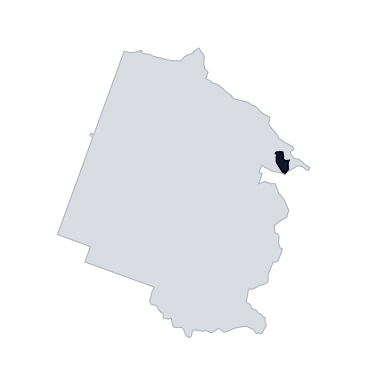 Baw, Blue Nile, Sudan shown in context, rotated 290°
{"feature_id": "16777658B5498813311295", "entity_name": "Baw", "entity_type": "district", "adm_level": 2, "iso_a3": "SDN", "parent_name": "Sudan", "parent_adm1": "Blue Nile", "projection": "mercator", "projection_center": [33.983, 11.162], "detail": "fine", "context": "in_parent", "style": "filled", "palette": "ink", "viewbox_px": 384, "rotation_deg": 290, "n_neighbors": 0, "source": "geoboundaries", "source_scale": "gbopen_adm2", "svg_char_len": 4438}
<svg xmlns="http://www.w3.org/2000/svg" viewBox="0 0 384 384"><g transform="rotate(290 192 192)"><path d="M255.4,294.3L252.3,294.3L252.0,293.6L252.0,291.6L252.4,290.1L253.5,287.7L253.2,286.3L253.4,284.5L252.6,282.3L245.2,276.2L243.8,274.5L239.8,272.9L240.5,271.2L238.9,258.5L239.7,257.1L239.9,254.8L239.9,252.9L240.8,249.7L240.9,248.3L233.1,248.2L233.0,249.6L233.4,251.1L233.4,251.8L222.4,251.8L226.8,256.8L227.0,259.0L226.8,261.7L226.8,263.4L227.1,264.5L228.2,266.8L228.2,267.2L227.9,267.7L220.2,274.3L218.9,277.4L217.8,279.0L215.6,281.7L208.5,288.7L207.4,289.2L202.0,289.4L201.5,289.6L201.1,289.9L200.8,289.8L196.2,285.7L188.5,280.7L183.4,283.3L182.0,284.3L181.9,286.7L181.2,287.9L179.8,289.2L176.0,290.1L174.0,290.8L171.7,292.1L169.4,294.4L169.2,295.5L169.5,296.6L156.4,296.5L155.5,295.7L153.6,292.0L152.3,292.2L140.4,291.8L138.7,292.2L135.3,293.7L133.6,294.0L131.8,293.3L125.6,285.9L124.2,285.1L122.8,283.3L121.5,282.5L121.0,282.0L120.9,281.2L120.9,279.6L120.5,278.6L119.5,278.4L111.0,280.1L109.8,279.9L108.1,280.2L107.5,280.5L106.8,281.4L106.6,283.4L106.4,284.4L105.8,285.5L103.4,288.0L102.8,289.1L103.0,291.9L102.8,293.2L102.4,293.9L101.4,294.9L101.0,295.5L100.6,299.0L99.3,301.1L99.0,301.9L98.9,303.4L98.7,303.9L94.9,305.1L93.5,305.9L92.6,307.1L92.4,307.6L90.7,307.1L88.7,306.8L84.7,306.4L83.1,305.9L82.4,305.1L82.6,302.9L82.2,302.5L81.6,302.1L81.1,301.2L81.2,300.1L83.3,297.7L83.8,296.3L84.3,290.2L84.1,288.3L82.5,284.9L78.7,278.9L77.7,277.7L73.0,272.8L72.4,272.1L71.2,270.0L72.5,265.5L72.6,264.2L72.3,262.9L71.1,261.9L70.0,261.8L68.6,260.6L67.6,260.0L66.8,259.0L66.3,257.5L66.7,252.1L66.4,251.4L65.2,251.2L64.9,250.8L64.9,249.8L64.3,246.7L63.5,244.1L63.9,242.7L62.9,240.8L61.0,240.0L57.1,240.6L55.9,240.5L55.1,240.2L54.6,239.5L54.3,238.6L54.5,237.4L55.6,235.1L57.0,233.2L59.7,231.5L60.5,230.6L60.9,229.6L60.9,228.4L60.8,227.2L60.4,226.0L59.6,224.5L58.9,222.8L58.9,221.6L59.2,220.8L60.0,219.7L62.7,217.7L65.5,216.1L66.0,215.5L65.8,214.8L64.5,213.4L64.1,210.8L63.4,208.9L64.8,207.5L65.9,207.0L67.5,206.6L68.1,206.0L68.3,204.9L68.3,203.8L68.9,203.0L69.7,201.3L70.3,200.5L72.4,198.5L72.9,197.2L73.0,196.0L72.5,192.2L73.7,190.6L75.3,189.3L77.5,189.4L81.1,189.1L83.5,188.6L85.2,188.6L89.1,189.3L89.5,189.0L89.7,188.0L89.6,115.3L105.8,115.3L106.0,115.1L106.0,80.1L208.3,80.1L209.1,80.0L210.7,76.7L211.4,76.4L212.5,76.6L212.8,77.4L212.0,80.1L301.2,80.1L301.4,84.1L302.1,87.3L304.7,91.9L306.8,94.4L307.6,95.8L307.6,96.4L307.5,97.0L306.9,96.3L305.8,95.8L305.6,98.0L306.2,102.4L307.1,105.4L306.4,108.3L306.5,113.1L307.6,118.8L307.4,122.5L309.3,131.0L311.1,135.7L312.1,136.9L313.2,137.5L315.3,137.9L318.5,140.3L321.0,142.8L321.8,144.2L323.1,145.6L323.9,145.3L324.4,145.0L325.2,146.1L329.2,148.7L329.7,149.8L328.3,151.0L326.7,152.9L325.9,154.8L325.4,155.4L324.1,156.5L323.9,157.1L323.3,157.4L322.7,157.4L321.4,158.1L320.2,157.9L318.9,158.2L318.5,158.7L317.5,159.0L316.2,159.3L314.1,160.8L312.3,161.6L311.7,162.2L310.8,165.3L310.1,166.1L307.4,166.1L306.1,166.4L304.3,166.1L303.5,166.1L303.2,166.8L302.9,169.4L303.0,170.5L301.5,173.6L301.9,179.2L300.5,183.4L300.3,184.3L298.8,187.7L298.1,188.9L296.2,195.1L295.5,197.0L293.9,199.0L295.5,213.9L294.2,218.4L294.3,220.9L293.3,224.5L292.6,226.2L291.4,228.3L290.4,230.5L289.5,233.5L289.0,239.2L288.7,239.7L284.0,240.4L282.5,240.8L281.5,241.4L280.3,242.9L277.9,246.9L276.6,249.3L274.6,252.6L272.3,255.0L271.9,256.1L271.5,258.3L270.6,261.6L269.9,264.0L270.0,266.0L269.3,269.3L269.4,270.9L268.6,271.8L267.5,272.7L266.7,272.9L263.5,270.7L261.2,272.2L259.7,274.4L258.6,276.6L259.3,281.2L259.2,282.2L258.9,283.3L256.7,287.8L256.1,289.9L255.4,293.5L255.4,294.3Z" fill="#d9dde1" stroke="#a8b0b8" stroke-width="1"/><path d="M260.4,263.8L260.4,262.9L260.2,262.4L260.2,261.6L260.0,260.9L259.7,260.5L259.1,259.3L258.8,258.6L258.8,258.4L258.7,258.2L258.6,257.9L258.3,257.8L257.8,257.4L257.7,257.3L256.9,257.2L256.7,257.5L256.2,258.6L254.7,259.7L253.8,259.2L252.0,260.0L250.3,260.7L250.1,260.6L249.8,260.7L249.5,260.9L248.5,261.6L245.7,265.2L242.4,269.3L242.0,269.8L241.8,270.0L242.0,271.5L241.6,272.3L241.3,273.1L243.5,273.8L245.1,274.2L245.6,274.4L245.8,274.7L246.3,274.6L246.8,274.6L250.5,272.9L251.6,272.5L254.2,272.3L254.9,272.4L253.6,269.8L252.7,268.6L253.7,268.1L254.1,266.5L254.9,266.4L255.2,266.1L256.6,265.8L256.8,265.7L257.1,265.4L257.6,265.3L258.3,265.0L258.4,264.9L258.6,264.8L259.0,264.4L259.1,264.2L259.3,264.3L259.5,264.2L260.4,263.8Z" fill="#0f172a" stroke="#020617" stroke-width="1.5"/></g></svg>